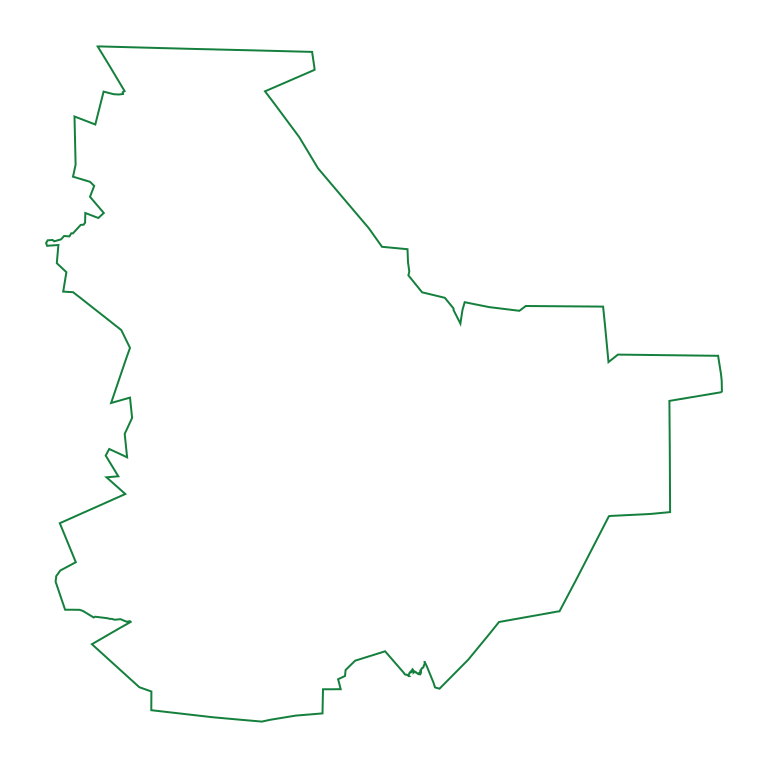 outline of Arizpe, Sonora, Mexico
{"feature_id": "50627088B18728896927729", "entity_name": "Arizpe", "entity_type": "district", "adm_level": 2, "iso_a3": "MEX", "parent_name": "Mexico", "parent_adm1": "Sonora", "projection": "albers", "projection_center": [-110.149, 30.441], "detail": "fine", "context": "isolated", "style": "outline", "palette": "green", "viewbox_px": 768, "rotation_deg": 0, "n_neighbors": 0, "source": "geoboundaries", "source_scale": "gbopen_adm2", "svg_char_len": 4561}
<svg xmlns="http://www.w3.org/2000/svg" viewBox="0 0 768 768"><path d="M91.9,644.2L139.3,687.2L151.4,691.5L151.3,707.0L151.3,710.2L212.3,717.2L218.9,717.8L240.0,719.7L261.9,721.6L263.1,721.3L270.7,719.7L295.7,715.6L322.5,713.4L323.0,689.3L340.7,689.2L338.1,679.2L345.0,676.0L345.6,670.0L355.1,660.7L385.1,651.3L403.8,672.8L404.2,673.5L404.7,674.1L404.8,674.3L405.1,674.5L405.3,674.5L405.5,674.6L405.8,674.7L406.1,674.7L406.3,674.7L406.6,674.7L406.8,674.7L406.9,674.8L407.0,674.9L407.1,675.0L407.3,675.0L407.5,675.2L407.7,675.3L408.0,675.5L408.3,675.5L408.5,675.8L408.7,676.1L408.8,676.1L408.9,675.9L409.0,675.9L408.9,675.8L408.8,675.7L408.7,675.6L408.6,675.4L408.6,675.2L408.6,674.8L408.7,674.6L408.9,674.3L409.1,674.0L409.3,673.7L409.5,673.4L409.5,673.2L409.5,672.9L409.7,672.7L409.8,672.5L410.0,672.6L410.3,672.6L410.6,672.4L410.8,672.3L411.0,672.3L411.4,672.1L412.1,671.7L412.3,671.5L412.3,671.4L412.4,671.2L412.4,670.8L412.4,670.7L412.5,670.5L412.5,670.4L412.4,670.4L412.5,670.3L412.5,670.2L412.3,670.1L412.2,670.1L412.3,670.0L412.4,669.9L412.5,669.8L412.5,669.7L412.4,669.4L412.5,669.3L412.6,669.5L412.7,669.8L412.9,669.9L412.9,670.0L413.0,670.1L413.2,670.3L413.3,670.6L413.4,670.9L413.5,671.0L413.4,671.3L413.4,671.5L413.5,671.8L413.5,672.1L413.6,672.4L413.6,672.5L413.8,672.3L413.9,672.0L413.9,671.9L413.8,671.7L414.0,671.4L414.3,671.3L414.5,671.3L414.7,671.6L414.9,671.7L415.0,671.8L415.0,672.0L415.3,672.3L415.5,672.3L415.6,672.2L415.8,672.1L416.3,672.6L416.5,672.7L416.7,672.8L416.8,673.0L417.1,673.2L417.2,673.3L417.3,673.3L417.5,673.4L417.8,673.5L417.9,673.8L418.0,673.9L418.1,674.0L418.4,674.1L418.6,674.1L418.8,674.1L418.8,673.9L418.7,673.8L418.6,673.7L418.9,673.6L419.0,673.5L418.9,673.4L418.9,673.2L419.0,673.1L419.0,673.3L419.1,673.5L419.3,673.1L419.3,672.9L419.6,672.6L419.8,672.5L420.0,672.4L420.2,672.6L420.2,672.9L420.3,673.1L420.2,673.6L420.3,673.9L420.4,674.0L420.5,673.8L420.5,673.7L420.7,673.4L420.7,673.2L420.6,672.9L420.6,672.7L421.0,672.4L421.0,672.2L420.9,672.1L420.9,671.8L420.9,671.0L420.9,670.9L421.0,670.8L421.0,670.7L420.9,670.7L420.6,670.7L420.4,670.6L420.4,670.3L420.5,670.2L421.1,669.7L421.2,669.4L421.4,669.2L421.5,669.1L421.6,668.8L421.6,668.7L421.8,668.4L421.9,668.2L422.1,668.2L422.3,668.1L422.5,667.9L422.8,667.7L423.0,667.7L423.2,667.4L423.5,667.1L423.6,666.9L423.5,666.6L423.5,666.4L423.6,666.1L423.7,665.9L423.8,665.6L424.1,665.1L424.2,664.9L424.3,664.6L424.5,664.1L424.6,663.8L424.6,663.7L424.8,663.4L424.8,663.0L424.8,662.9L424.8,662.7L424.7,662.5L424.6,662.3L424.5,661.7L424.4,661.3L424.4,661.2L427.0,666.8L433.6,682.9L435.0,687.4L439.5,688.7L468.5,659.4L470.5,656.9L471.5,655.7L489.2,634.2L499.0,622.0L557.1,611.6L559.5,611.3L576.4,579.3L608.9,516.2L611.3,515.9L650.0,514.0L670.1,512.1L669.8,450.5L669.6,426.0L669.4,400.9L720.8,392.3L721.9,391.5L721.7,380.8L721.0,374.1L718.1,355.8L617.9,354.6L608.5,362.1L604.8,323.3L603.1,306.6L525.8,306.0L519.4,310.8L489.1,307.1L474.6,304.2L464.7,302.2L462.5,309.8L460.4,323.6L453.5,310.0L453.6,308.5L444.8,297.8L422.1,292.3L408.4,275.4L409.3,271.5L408.0,262.2L407.5,249.2L382.0,246.8L368.8,228.2L349.1,205.0L318.0,168.3L299.3,137.2L273.8,102.9L265.0,91.3L314.6,69.8L314.4,67.6L312.1,51.9L262.6,50.6L217.5,49.5L216.7,49.5L214.3,49.4L196.4,49.0L162.8,48.1L162.4,48.1L98.9,46.4L97.7,46.5L110.4,67.3L124.6,91.1L122.7,92.2L123.0,94.0L118.8,94.5L113.6,94.2L103.6,91.6L95.3,124.5L74.5,116.5L75.6,164.7L73.0,176.7L90.0,181.8L94.2,185.9L90.0,196.8L103.8,213.0L98.3,218.0L85.3,213.0L85.1,222.7L83.6,224.7L80.7,224.9L72.9,233.4L71.3,233.3L69.4,236.4L64.1,236.0L61.0,239.4L54.2,241.3L52.6,240.0L47.7,240.3L46.1,243.0L47.1,245.8L58.4,245.0L56.8,263.2L66.4,272.2L63.2,291.6L73.1,292.2L75.9,294.4L80.2,297.7L86.0,302.3L112.7,323.3L121.3,330.1L130.0,347.9L126.2,358.5L111.1,403.0L130.0,397.6L132.1,417.9L124.7,433.9L127.1,457.3L109.2,449.0L105.7,455.6L118.3,476.3L106.5,477.3L125.3,494.0L59.8,523.2L75.8,562.2L60.3,570.5L56.2,576.2L56.0,579.1L55.7,579.8L55.7,582.0L65.1,609.7L79.4,609.8L82.7,610.8L93.7,617.5L95.1,616.7L106.4,618.1L107.8,618.3L108.9,618.6L109.9,618.9L110.8,618.9L111.5,618.9L112.0,618.9L112.2,619.0L112.5,619.1L113.4,619.4L113.8,619.5L114.0,619.6L114.5,619.6L115.3,619.7L116.3,619.6L117.4,619.5L118.7,619.3L119.5,619.3L119.8,619.2L120.3,619.2L120.9,619.3L121.8,619.7L122.1,619.8L122.4,620.0L124.0,620.6L124.8,621.0L126.2,621.5L126.4,621.6L126.6,621.7L126.9,621.8L127.1,621.7L127.5,621.7L127.8,621.6L128.2,621.5L128.6,621.4L129.0,621.3L129.6,621.2L129.8,621.2L130.1,621.3L130.5,621.6L130.7,621.9L119.0,628.5L91.9,644.2Z" fill="none" stroke="#15803d" stroke-width="2"/></svg>